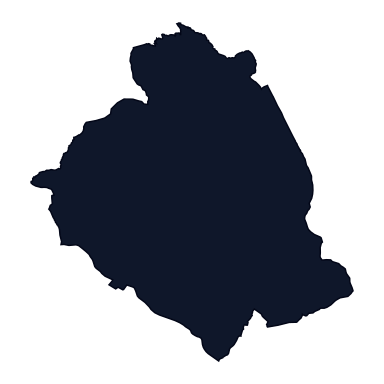 Gura Vaii, Bacau, Romania
{"feature_id": "2599482B95523815467969", "entity_name": "Gura Vaii", "entity_type": "district", "adm_level": 2, "iso_a3": "ROU", "parent_name": "Romania", "parent_adm1": "Bacau", "projection": "natural_earth1", "projection_center": [26.849, 46.295], "detail": "fine", "context": "isolated", "style": "filled", "palette": "ink", "viewbox_px": 384, "rotation_deg": 0, "n_neighbors": 0, "source": "geoboundaries", "source_scale": "gbopen_adm2", "svg_char_len": 5807}
<svg xmlns="http://www.w3.org/2000/svg" viewBox="0 0 384 384"><path d="M347.9,296.4L351.0,293.5L351.9,292.1L352.9,291.1L353.0,290.7L352.1,287.8L350.2,283.3L349.8,281.9L349.7,278.2L346.6,273.8L346.0,272.3L345.3,269.0L343.4,267.4L340.8,265.8L338.7,263.6L332.3,261.6L330.7,259.9L326.6,259.7L322.1,260.1L320.3,257.6L320.0,256.1L320.3,253.0L320.2,247.5L321.3,243.2L322.4,242.1L321.1,237.8L320.3,237.1L314.3,234.5L310.5,231.7L308.3,229.3L307.4,227.1L306.2,223.1L304.8,219.6L304.6,218.8L304.7,217.4L305.1,215.4L306.8,213.1L307.4,211.4L308.2,210.1L309.0,209.4L310.2,207.0L309.2,203.3L311.7,198.3L312.6,194.1L312.9,190.3L312.7,184.9L312.4,183.8L312.2,182.7L311.5,180.0L311.5,176.5L311.4,175.8L307.9,167.4L307.4,167.0L306.4,165.2L305.0,159.1L303.5,156.6L302.4,153.8L300.3,151.3L300.6,150.9L300.2,149.9L299.5,149.5L299.2,148.6L297.4,145.4L296.9,143.8L295.3,141.6L295.4,141.2L292.8,136.3L283.5,117.8L281.5,112.9L277.5,105.9L273.1,96.6L272.7,96.0L268.0,86.9L267.5,85.5L264.2,86.8L262.8,87.7L261.4,89.2L260.4,87.1L258.9,85.3L255.6,82.0L254.2,81.3L251.1,78.9L249.8,77.2L249.9,76.2L251.4,75.0L251.4,74.2L254.7,72.9L255.4,72.1L255.4,71.2L255.6,70.6L255.2,67.8L256.1,64.8L256.1,63.4L255.2,62.2L255.6,60.6L255.5,60.3L254.6,59.3L254.2,57.9L252.1,54.0L250.2,52.0L248.1,50.7L247.4,51.2L246.3,50.9L245.1,51.4L243.7,52.5L242.3,52.1L240.8,52.9L239.7,53.0L237.2,54.3L235.4,56.0L235.4,57.1L233.9,58.0L232.4,57.7L230.4,58.2L229.0,57.7L227.7,58.5L227.0,58.4L226.3,58.0L225.1,56.4L223.5,55.6L218.4,53.9L217.5,52.5L217.1,51.5L216.5,50.9L214.9,50.1L214.9,49.1L213.3,48.5L212.7,47.9L212.6,46.9L212.9,46.6L212.8,46.4L211.8,44.6L210.0,43.0L208.9,42.7L208.7,42.4L208.8,41.2L208.2,40.3L206.6,40.0L206.6,38.2L205.8,37.3L205.5,36.3L204.3,34.8L202.6,35.2L201.5,33.9L200.7,33.5L199.2,33.9L198.9,33.2L197.6,32.8L194.9,32.6L193.7,30.7L192.6,30.1L192.1,30.2L191.2,29.8L190.6,28.4L190.1,27.9L189.7,27.7L188.2,28.0L188.4,27.6L188.2,27.1L187.7,27.0L187.5,27.3L185.5,26.6L183.3,25.3L180.1,24.4L179.9,24.1L180.6,23.3L180.1,23.1L178.6,23.0L177.7,23.6L176.9,23.8L178.5,26.3L180.1,27.9L180.0,28.3L180.7,29.4L180.6,30.6L180.9,31.6L180.6,32.1L180.4,33.2L180.7,33.3L180.7,34.6L180.1,34.6L179.1,33.1L178.1,33.0L177.8,33.3L176.0,33.1L175.2,33.6L175.5,34.8L174.9,34.6L174.8,34.8L174.9,35.9L173.4,34.9L170.9,34.7L169.3,35.2L169.1,35.6L168.3,36.0L166.5,35.3L165.0,35.4L164.5,35.2L164.4,34.6L164.0,34.4L162.5,34.2L161.9,34.6L162.2,35.1L162.0,35.5L162.3,35.8L162.4,37.0L162.8,37.7L162.6,38.7L161.5,39.0L160.7,38.8L160.4,39.0L159.9,38.4L158.6,38.2L157.9,39.2L156.7,38.3L156.6,40.2L155.6,40.3L155.3,41.0L154.9,41.0L154.8,41.4L155.9,41.7L155.3,41.8L155.7,42.4L156.0,42.3L156.3,43.2L156.0,43.0L154.9,42.7L154.2,43.4L154.3,43.8L155.2,44.6L155.3,46.0L152.4,45.6L152.1,45.2L150.2,45.2L149.9,44.1L148.8,43.7L148.2,43.7L147.8,44.3L146.6,43.8L144.4,44.7L133.4,47.7L133.4,48.9L131.0,53.3L131.1,55.1L130.4,58.0L130.1,61.1L131.6,65.0L131.4,66.8L131.8,69.6L132.8,72.8L133.2,77.8L137.2,83.9L138.6,84.9L140.7,85.6L141.5,86.6L143.0,89.6L145.2,90.6L146.2,92.9L146.5,95.0L148.4,96.5L148.7,97.3L148.7,98.9L148.4,100.6L147.8,101.3L147.8,104.4L144.0,104.1L141.7,101.6L138.6,100.9L132.9,99.2L124.0,99.1L117.5,102.8L111.3,108.9L110.6,113.9L104.6,118.1L96.0,120.6L86.3,122.4L85.1,123.9L83.7,126.8L83.8,128.7L83.2,131.1L82.0,132.9L79.3,135.3L78.9,134.9L76.2,136.6L74.5,137.3L73.9,137.3L73.7,137.9L74.1,139.5L72.8,140.1L72.7,141.6L72.2,142.5L71.4,143.0L71.0,144.7L69.0,145.8L69.2,146.5L68.5,147.6L68.4,149.6L67.6,151.6L66.7,152.5L65.7,152.7L65.5,153.1L63.9,153.5L63.7,153.8L63.4,154.8L63.5,155.5L62.8,156.7L62.8,157.5L62.1,158.1L62.3,159.1L61.4,159.9L61.3,161.0L60.6,161.9L60.4,162.4L60.3,163.0L60.8,163.7L61.2,164.9L60.6,165.9L60.5,166.5L60.7,167.3L60.5,168.5L59.7,169.0L58.7,168.5L55.9,170.0L54.5,170.2L51.1,169.6L49.0,170.3L46.5,170.3L44.9,171.5L42.9,171.6L39.7,172.5L39.2,173.0L38.8,174.5L38.3,174.5L37.1,175.5L35.5,176.2L35.4,176.9L33.8,177.0L33.9,177.8L32.7,178.3L32.8,180.1L32.6,180.7L32.2,181.2L31.2,181.4L31.0,182.0L31.1,182.9L32.7,184.4L35.7,186.0L41.0,187.4L44.8,187.3L47.5,187.6L48.1,188.1L51.1,189.1L51.8,189.8L52.3,190.8L53.7,193.8L54.0,195.1L53.9,195.4L52.3,195.3L51.8,195.7L51.8,197.9L52.2,202.5L52.5,203.1L51.7,204.5L50.3,205.3L49.2,208.6L48.8,209.1L50.6,211.3L53.3,217.7L54.4,219.1L54.3,219.8L55.1,220.7L55.5,222.3L56.2,223.0L57.2,224.9L57.6,224.9L58.5,226.8L58.8,227.0L59.5,229.6L60.0,235.2L61.6,241.6L61.0,244.6L64.0,244.4L68.9,245.4L75.9,244.8L77.5,245.2L79.0,245.8L85.9,251.4L89.2,254.5L90.2,256.5L92.4,259.5L93.2,261.5L94.8,266.6L96.2,268.3L100.4,271.5L101.8,273.4L105.1,276.2L112.8,279.8L112.2,281.0L109.0,284.8L115.7,288.9L117.6,287.5L118.3,287.3L122.8,289.8L123.6,289.5L126.8,285.0L132.6,286.9L134.3,287.8L135.7,290.9L137.4,296.0L138.9,297.8L145.0,302.4L149.3,306.9L151.1,309.5L154.8,312.7L159.5,315.0L175.0,320.5L179.8,322.7L183.7,325.1L185.5,326.7L189.3,329.1L190.6,330.3L191.5,332.8L192.7,334.0L195.1,335.5L197.3,336.6L199.3,337.1L201.1,338.2L201.9,339.7L202.5,344.6L203.3,347.2L204.5,349.4L206.1,351.6L208.2,353.6L218.7,361.0L219.2,359.7L220.1,358.8L222.8,357.7L223.0,357.2L225.8,355.4L227.5,354.8L228.5,353.4L229.6,348.8L230.5,347.7L233.0,345.7L234.1,344.5L236.5,340.5L237.7,337.7L238.3,336.6L239.0,336.1L241.0,336.0L240.9,335.4L242.5,330.0L243.5,329.2L243.3,327.0L244.1,325.1L244.6,324.7L245.7,325.1L247.4,325.1L248.0,322.5L247.4,321.6L250.4,318.4L251.2,316.7L252.2,315.5L251.9,314.6L252.0,313.7L252.4,313.0L252.7,311.0L254.3,309.0L261.4,314.0L262.3,316.1L263.3,317.2L268.1,321.6L266.6,324.7L267.3,325.8L267.1,326.4L267.5,327.0L278.0,325.2L289.2,322.4L296.7,322.2L298.9,319.9L301.0,318.1L302.3,315.4L302.4,314.3L302.9,314.8L305.8,315.9L306.8,315.6L308.8,313.3L313.0,312.9L314.8,311.4L319.2,309.5L320.1,308.5L320.8,308.2L324.2,308.2L326.9,307.3L330.9,304.8L334.8,301.1L336.4,299.9L340.1,297.8L347.9,296.4Z" fill="#0f172a" stroke="#020617" stroke-width="1.5"/></svg>